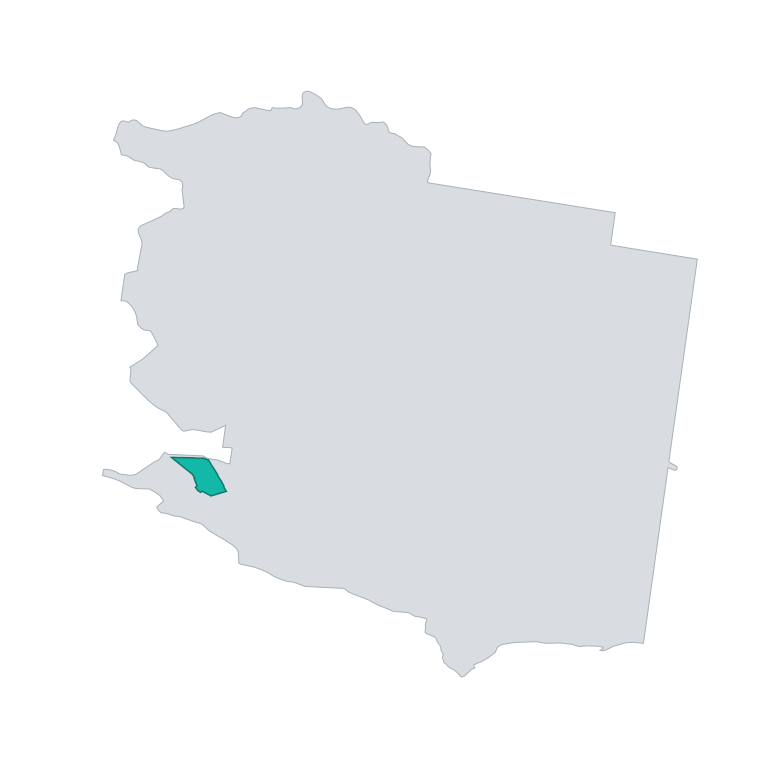 location of At Tadamon - BN, Blue Nile, Sudan, rotated 98°
{"feature_id": "16777658B66976297159843", "entity_name": "At Tadamon - BN", "entity_type": "district", "adm_level": 2, "iso_a3": "SDN", "parent_name": "Sudan", "parent_adm1": "Blue Nile", "projection": "equal_earth", "projection_center": [33.588, 11.572], "detail": "fine", "context": "in_parent", "style": "filled", "palette": "teal", "viewbox_px": 768, "rotation_deg": 98, "n_neighbors": 0, "source": "geoboundaries", "source_scale": "gbopen_adm2", "svg_char_len": 4375}
<svg xmlns="http://www.w3.org/2000/svg" viewBox="0 0 768 768"><g transform="rotate(98 384 384)"><path d="M514.0,650.0L507.8,649.9L507.1,648.0L507.2,642.5L507.9,638.4L510.2,631.9L509.6,628.3L510.0,623.2L508.3,617.4L493.3,600.8L490.3,596.2L482.2,591.9L483.6,587.2L480.4,553.2L482.0,549.2L482.5,543.3L482.4,538.1L484.4,529.3L484.6,525.6L468.6,525.4L468.4,529.2L469.1,533.3L469.1,535.0L446.9,535.1L455.8,548.5L456.1,554.3L455.6,561.6L455.7,566.3L456.3,569.3L458.6,575.3L458.5,576.5L457.9,577.9L442.1,595.7L439.4,604.0L437.3,608.3L432.7,615.6L418.2,634.7L415.9,636.0L404.9,636.6L403.8,637.1L402.9,638.0L402.5,637.8L393.1,626.6L377.3,613.1L366.8,620.1L363.9,622.7L363.9,629.2L362.3,632.5L359.4,636.1L351.7,638.4L347.6,640.3L342.8,644.0L338.1,650.1L337.7,653.3L338.2,656.1L311.5,656.0L309.8,653.7L305.9,643.6L303.2,644.3L278.9,643.1L275.4,644.1L268.4,648.3L264.9,648.9L261.3,647.1L248.6,627.2L245.8,624.8L243.0,620.1L240.3,618.0L239.4,616.5L239.1,614.4L239.2,610.0L238.3,607.3L236.3,606.6L219.1,611.2L216.6,610.7L213.0,611.5L211.7,612.4L210.3,615.0L210.0,620.4L209.5,623.1L208.1,626.1L203.2,632.9L202.1,635.8L202.2,643.2L201.9,647.0L201.1,648.7L198.9,651.6L198.1,653.2L197.2,662.7L194.5,668.5L193.8,670.5L193.6,674.7L193.2,676.0L185.4,679.3L182.4,681.4L180.6,684.6L180.2,686.0L176.8,684.8L172.6,684.0L164.5,683.0L161.2,681.4L159.7,679.2L160.3,673.4L159.5,672.2L158.2,671.1L157.3,668.7L157.5,665.7L161.9,659.0L162.8,655.4L164.1,638.7L163.8,633.6L160.5,624.3L152.9,608.1L151.1,605.0L141.4,591.7L140.3,589.7L138.0,584.1L140.8,571.8L141.0,568.4L140.4,564.9L138.0,562.3L135.8,562.0L132.9,558.7L131.1,557.2L129.4,554.3L128.3,550.3L129.4,535.9L128.8,533.9L126.3,533.4L125.8,532.4L125.9,529.6L124.7,521.4L123.3,514.6L124.2,510.8L122.2,505.7L118.2,503.5L110.4,505.2L108.0,504.9L106.3,504.0L105.2,502.1L104.6,499.9L105.3,496.5L107.6,490.4L110.4,485.4L116.1,480.8L117.6,478.3L118.5,475.6L118.7,472.5L118.4,469.3L117.8,466.3L116.2,462.3L114.8,457.7L114.8,454.5L115.6,452.3L117.1,449.6L122.7,444.3L128.5,439.9L129.5,438.3L129.2,436.5L126.6,432.8L125.9,425.8L124.5,420.9L127.5,417.2L129.6,415.9L133.0,414.7L134.3,413.2L134.7,410.2L134.7,407.4L135.9,405.3L137.6,400.8L138.9,398.8L143.4,393.5L144.4,390.1L144.7,386.9L143.7,377.0L146.3,372.8L149.5,369.4L154.1,369.6L161.3,368.9L166.1,367.5L169.6,367.5L177.4,369.4L178.3,368.5L178.7,365.9L182.2,178.9L214.6,178.9L215.0,178.6L216.8,91.1L420.0,91.1L421.7,90.8L424.9,82.6L426.3,82.0L428.3,82.5L429.0,84.4L427.3,91.1L604.7,91.0L605.1,101.0L606.7,109.0L611.8,120.4L616.1,126.6L617.7,129.9L617.8,131.5L617.7,133.0L616.3,131.3L614.1,130.2L613.9,135.5L615.0,146.5L616.9,154.2L615.6,161.3L615.9,173.4L618.3,187.9L617.9,197.2L621.8,218.8L625.5,230.8L627.5,233.8L629.8,235.4L634.1,236.4L640.4,242.5L645.5,249.0L647.3,252.4L649.8,256.1L651.5,255.4L652.5,254.4L654.1,257.4L662.2,263.9L663.4,266.9L660.5,269.9L657.3,275.0L655.7,279.7L654.8,281.2L652.2,284.2L651.8,285.6L650.6,286.5L649.4,286.6L646.7,288.2L644.2,287.7L641.8,288.6L640.9,289.7L638.9,290.7L636.2,291.2L632.1,295.2L628.5,297.2L627.3,298.8L625.5,306.7L624.1,308.8L618.7,309.0L616.1,309.7L612.5,308.8L610.8,309.0L610.3,310.7L609.7,317.5L609.9,320.4L606.9,328.3L607.9,342.9L605.0,353.9L604.6,356.4L601.7,365.1L600.2,368.3L596.5,384.6L595.1,389.6L592.0,394.9L595.4,434.1L592.8,446.1L592.9,452.6L591.1,462.3L589.6,466.8L587.2,472.2L585.2,478.3L583.5,486.3L582.3,501.4L581.8,502.7L572.2,504.6L569.2,505.7L567.2,507.4L564.7,511.2L559.8,521.9L557.3,528.4L553.3,537.4L548.6,543.7L547.6,546.8L546.8,552.5L545.1,561.6L543.6,568.0L543.9,573.2L542.4,582.2L542.6,586.6L541.0,589.0L538.8,591.3L537.2,591.9L530.6,585.9L525.9,590.1L522.9,595.9L520.6,601.8L522.0,614.3L521.8,617.0L521.2,620.0L516.8,632.3L515.5,637.8L514.1,647.6L514.0,650.0Z" fill="#d9dde1" stroke="#a8b0b8" stroke-width="1"/><path d="M483.7,547.1L483.7,547.3L482.6,552.2L483.0,555.3L483.5,558.9L483.7,563.1L484.5,569.3L484.6,570.8L485.9,580.4L485.8,580.6L486.1,583.1L486.3,584.2L486.6,583.6L487.5,582.3L494.2,571.0L499.9,561.4L501.9,559.6L502.6,559.0L503.2,558.6L503.6,559.1L507.2,557.1L510.8,555.0L512.6,556.3L515.6,553.3L516.8,550.5L515.5,549.0L518.9,539.7L514.6,530.4L513.0,526.8L512.3,525.2L512.0,525.5L510.9,526.2L509.4,527.6L506.7,528.7L502.7,531.7L502.0,532.3L498.1,535.8L497.8,535.9L497.1,536.0L490.9,541.2L489.8,542.2L487.6,544.2L486.7,544.6L486.0,545.3L484.0,546.9L483.7,547.1Z" fill="#14b8a6" stroke="#0f766e" stroke-width="1.5"/></g></svg>